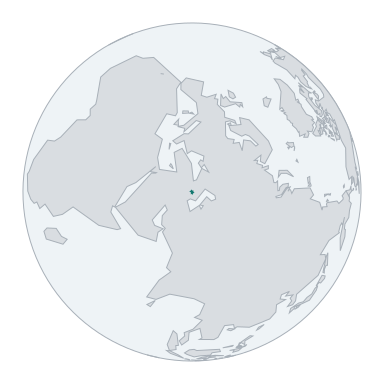 Kəlbəcər highlighted on a globe, orthographic projection, rotated 73°
{"feature_id": "AZE-1682", "entity_name": "Kəlbəcər", "entity_type": "District", "adm_level": 1, "iso_a3": "AZE", "parent_name": "Azerbaijan", "parent_adm1": "", "projection": "orthographic", "projection_center": [46.186, 40.056], "detail": "fine", "context": "on_globe", "style": "filled", "palette": "teal", "viewbox_px": 384, "rotation_deg": 73, "n_neighbors": 0, "source": "natural_earth", "source_scale": "10m", "svg_char_len": 10965}
<svg xmlns="http://www.w3.org/2000/svg" viewBox="0 0 384 384"><g transform="rotate(73 192 192)"><circle cx="192" cy="192" r="169" fill="#eef3f6" stroke="#a8b0b8"/><path d="M172.9,24.1L176.7,23.8L180.1,23.5L192.4,24.8L210.9,27.5L218.6,27.9L215.5,28.6L231.4,29.5L242.6,32.6L228.7,29.5L226.4,29.7L233.5,31.7L232.6,32.3L235.5,33.8L233.8,34.5L225.9,33.2L224.6,33.7L229.7,35.2L231.2,37.2L224.0,34.8L225.9,38.1L212.9,37.4L194.9,32.2L186.4,34.0L164.6,34.7L165.4,35.9L157.6,37.5L155.6,39.5L152.1,39.5L153.5,41.3L157.1,41.0L158.9,41.7L158.1,43.1L153.5,43.1L153.2,42.4L151.4,43.1L149.5,42.6L150.0,43.6L144.5,43.8L148.6,45.7L143.2,47.5L139.9,47.1L142.0,44.4L139.7,38.2L137.0,37.7L131.1,39.2L116.4,47.2L112.7,48.0L106.5,51.1L107.6,51.6L113.0,49.5L113.6,51.7L120.1,49.3L121.3,50.0L127.2,49.0L124.3,52.2L118.4,55.9L113.3,57.1L110.6,58.9L113.8,60.5L102.9,65.7L93.1,74.9L90.5,76.2L88.2,73.2L92.2,65.9L89.3,63.6L89.2,68.3L82.7,72.1L80.7,74.2L80.0,76.1L81.6,76.1L79.0,78.3L78.1,74.0L80.5,71.9L80.7,73.2L82.6,70.0L81.9,67.8L78.7,70.3L81.1,65.6L78.8,67.5L78.1,67.7L81.5,65.0L75.3,70.0L76.1,69.0L85.2,61.1L94.8,53.8L104.9,47.2L115.5,41.4L126.4,36.3L137.7,32.0L149.2,28.5L161.0,25.9L172.9,24.1ZM23.3,201.8L23.6,205.7L25.7,220.5L27.0,228.4L27.1,228.8L24.7,215.4L23.3,201.8ZM178.8,23.6L181.8,23.4L176.9,23.7L174.9,23.9L178.8,23.6ZM191.0,23.4L188.4,23.5L187.2,23.2L189.1,23.3L191.0,23.4ZM224.4,28.3L220.5,27.5L224.5,28.1L224.4,28.3ZM236.2,33.9L237.6,34.0L238.5,34.8L236.2,33.9ZM128.3,47.4L127.7,48.2L126.9,48.0L128.3,47.4ZM131.4,46.3L130.9,45.5L132.3,44.9L132.6,45.4L131.4,46.3ZM236.8,36.7L237.9,38.1L235.4,36.4L236.8,36.7ZM131.7,47.5L134.8,43.9L137.3,42.9L140.5,44.2L131.7,47.5ZM237.6,38.7L240.3,42.5L243.6,43.0L235.8,44.3L236.1,40.4L232.5,38.1L235.9,39.1L237.6,38.7ZM158.6,40.3L154.8,40.7L158.7,39.2L158.6,40.3ZM160.7,39.2L170.3,34.4L175.6,34.8L171.3,36.2L178.7,36.0L176.5,38.5L171.9,39.2L169.0,38.4L170.4,40.1L160.7,39.2ZM231.0,44.6L230.5,45.4L229.5,44.3L231.0,44.6ZM159.9,42.0L161.4,40.8L166.1,41.0L163.9,43.4L163.1,42.5L159.9,42.0ZM181.7,34.8L184.8,35.6L183.9,37.8L184.9,38.4L176.9,38.7L181.7,34.8ZM161.6,43.2L162.7,44.6L159.8,45.8L158.8,43.1L161.6,43.2ZM168.2,40.1L170.3,40.4L168.4,41.0L168.2,40.1ZM149.9,51.2L151.6,49.6L154.1,49.5L149.9,51.2ZM163.4,45.1L164.4,44.7L165.6,44.5L165.7,45.8L163.4,45.1ZM176.8,40.3L175.8,41.2L180.0,40.3L179.5,42.1L174.3,42.0L176.3,42.9L176.2,43.4L172.0,42.8L176.8,40.3ZM169.4,46.6L162.5,47.5L158.8,50.4L156.5,50.5L162.8,45.8L169.4,46.6ZM171.3,44.4L169.6,45.8L167.5,45.0L167.4,43.7L171.3,44.4ZM181.1,43.5L183.2,40.7L184.3,40.8L181.1,43.5ZM168.7,47.6L170.4,47.4L168.7,47.9L168.7,47.6ZM177.7,44.8L178.3,43.8L179.6,44.0L177.7,44.8ZM173.2,48.0L171.0,48.2L170.8,47.2L173.2,48.0ZM175.6,46.6L177.1,47.2L172.1,46.7L175.7,46.1L175.6,46.6ZM178.8,45.2L179.7,45.0L178.3,45.6L178.8,45.2ZM175.0,51.8L168.8,51.4L168.5,49.2L174.6,49.8L175.0,51.8ZM49.9,233.9L45.4,205.5L49.8,199.8L52.1,189.3L83.8,170.6L88.8,176.6L111.8,182.9L114.3,185.5L109.8,193.3L125.5,210.4L132.8,204.9L148.9,214.8L160.9,216.5L168.4,200.7L148.9,197.5L147.4,188.7L164.5,184.2L181.8,187.4L181.7,184.1L172.3,175.7L177.9,170.2L169.3,172.3L171.6,176.0L166.3,177.5L163.8,174.3L165.9,172.4L161.1,170.1L152.5,180.4L153.9,185.3L140.5,184.5L141.6,192.7L137.4,195.4L133.9,182.5L135.4,178.5L127.7,163.0L124.9,167.1L132.0,182.1L129.0,180.3L125.2,186.6L125.8,180.3L118.8,163.4L107.7,161.7L90.8,172.7L84.9,170.8L81.2,164.2L90.1,148.7L102.3,154.9L105.7,150.1L105.6,140.3L109.3,143.2L110.8,140.1L115.6,142.2L124.8,137.5L130.1,138.9L136.0,130.2L139.5,129.8L135.0,135.0L134.7,139.5L148.1,143.4L151.4,142.1L154.1,136.3L157.5,138.4L158.4,132.3L167.2,131.9L157.3,127.4L160.2,121.1L166.8,117.5L165.9,114.8L155.3,120.8L152.6,124.1L153.2,128.1L144.5,137.0L139.4,137.3L141.8,125.4L134.8,124.7L139.7,116.3L165.5,104.0L175.1,102.9L186.2,114.1L182.7,117.7L176.9,115.3L180.1,123.2L180.9,119.8L183.7,121.7L187.2,116.7L189.3,117.9L189.1,111.3L192.1,112.2L192.2,116.3L200.0,110.3L206.9,110.9L207.6,109.1L206.4,106.9L215.9,109.5L216.1,108.1L213.0,106.6L211.2,102.8L211.9,97.3L215.1,98.5L215.3,100.7L220.7,107.2L220.8,113.1L222.2,113.1L222.9,108.3L216.3,100.2L215.8,96.6L219.4,100.0L218.1,98.5L218.8,97.1L222.6,97.0L218.8,93.2L222.6,77.9L230.3,76.6L233.1,80.9L239.2,72.9L247.4,72.9L244.5,71.4L245.5,67.1L243.0,67.0L241.7,66.0L243.0,56.0L245.9,54.9L243.3,49.8L241.8,49.1L239.5,49.6L235.8,44.3L243.6,43.0L246.5,44.4L249.4,43.0L255.7,46.8L262.2,49.5L267.3,55.1L272.0,57.1L272.6,56.3L279.5,58.9L291.5,67.4L279.2,63.7L260.6,53.5L267.9,57.7L265.5,57.9L267.7,60.2L272.9,63.3L274.0,63.0L278.4,75.2L289.5,87.6L290.7,83.0L295.0,83.7L308.6,95.8L320.4,121.9L326.4,124.8L329.2,128.7L329.4,134.1L325.3,128.5L322.3,129.2L319.9,125.5L318.9,132.9L315.5,127.9L316.4,136.5L320.1,139.0L322.2,134.0L324.5,144.1L331.3,146.9L336.1,154.8L338.1,176.7L334.1,188.2L334.7,191.3L331.0,191.0L329.3,199.9L338.6,209.7L339.5,214.2L335.2,228.1L334.5,225.1L324.8,224.3L325.3,235.8L332.7,238.8L335.3,246.6L330.6,247.7L327.6,241.1L324.2,240.6L323.5,231.1L317.6,219.8L312.7,226.2L311.5,220.5L302.6,212.6L294.7,221.2L283.2,243.1L284.2,257.8L279.1,266.0L266.6,249.2L262.1,235.6L256.9,238.5L244.7,228.6L221.6,231.9L218.9,228.2L214.4,230.6L205.9,227.3L202.0,220.9L196.6,221.5L207.1,238.2L213.0,237.5L218.7,230.4L220.5,236.3L228.8,240.7L217.5,256.2L184.2,269.7L182.0,258.6L162.1,225.2L163.3,221.6L163.3,221.1L163.1,220.3L160.2,226.1L157.1,219.2L166.6,243.0L167.8,252.6L183.7,270.3L182.0,272.0L187.4,275.5L206.2,271.0L206.1,274.6L196.6,290.9L171.5,310.1L175.5,322.4L174.8,331.7L160.6,336.1L163.3,342.4L156.2,343.3L156.7,346.3L151.8,348.3L143.1,348.8L126.8,344.2L124.6,341.6L114.6,333.9L100.2,314.9L103.1,308.6L101.1,301.5L89.4,280.9L91.9,272.5L89.1,267.0L83.0,265.1L79.9,258.4L76.4,256.3L55.4,245.7L49.9,233.9ZM71.0,184.4L69.6,187.4L71.0,184.4ZM199.0,199.2L210.1,199.6L207.0,189.0L211.0,188.4L208.4,185.2L206.7,188.3L200.8,179.3L206.2,176.1L205.8,171.5L202.0,171.1L193.0,178.6L201.5,191.2L198.1,195.6L199.0,199.2ZM82.7,72.3L82.7,72.7L81.4,74.9L81.0,74.3L82.7,72.3ZM81.8,82.6L77.5,85.9L80.3,83.0L78.9,82.7L82.9,76.4L89.4,76.5L85.8,77.4L81.8,82.6ZM90.1,68.7L86.8,72.3L90.1,68.3L90.1,68.7ZM114.1,122.6L114.9,125.6L111.9,128.5L105.3,127.8L109.6,123.5L114.1,122.6ZM116.9,129.2L121.1,118.2L125.4,118.6L122.3,120.2L124.7,121.5L120.3,124.5L120.3,136.0L117.6,139.4L106.7,135.6L111.8,134.8L110.6,131.8L116.9,129.2ZM124.3,93.0L126.2,89.2L133.1,94.7L130.6,97.7L123.8,96.9L122.8,92.9L124.3,93.0ZM136.7,50.8L137.0,49.7L138.2,49.6L139.0,50.5L136.7,50.8ZM150.5,50.5L136.8,55.9L136.4,54.8L128.9,59.8L124.9,59.0L130.0,55.7L121.3,59.0L124.2,55.7L118.5,58.4L130.1,51.1L132.4,48.6L131.3,51.7L134.8,52.5L137.1,52.0L145.1,49.1L151.9,44.4L156.4,44.8L157.9,46.3L157.0,47.5L154.3,46.8L155.0,48.9L150.4,48.8L150.5,50.5ZM172.3,69.1L169.6,66.9L170.2,72.8L165.6,72.0L166.0,72.8L161.9,73.8L157.6,76.5L155.8,75.7L154.9,77.1L152.2,77.9L150.4,79.7L146.5,78.9L143.9,81.1L143.5,79.5L140.2,83.5L140.9,80.3L137.5,81.3L138.6,83.9L122.0,77.5L114.5,78.0L107.8,80.3L110.0,74.9L117.6,69.6L127.5,65.4L134.5,65.9L134.2,63.6L137.4,63.3L136.3,65.3L140.0,62.1L142.3,62.4L151.1,59.9L155.0,55.5L158.3,54.7L158.0,56.5L161.5,54.4L163.1,57.4L165.6,56.9L169.5,59.7L167.5,63.8L170.3,63.0L173.5,65.3L172.3,69.1ZM176.0,52.6L174.6,57.4L171.4,59.4L165.8,53.9L163.4,53.9L159.7,50.9L164.4,48.1L165.0,49.2L166.7,49.6L164.6,50.3L167.6,50.1L168.5,51.6L171.1,52.0L170.0,53.4L176.0,52.6ZM118.4,183.4L120.6,184.6L124.3,185.4L122.0,189.6L118.4,183.4ZM113.4,171.9L115.5,172.1L114.1,178.0L111.8,177.0L113.4,171.9ZM118.0,167.5L115.8,171.7L115.6,168.8L118.0,167.5ZM137.1,135.0L139.6,135.0L139.3,136.5L137.4,138.2L137.1,135.0ZM173.3,87.8L172.2,85.9L173.2,85.3L174.3,80.6L177.8,81.0L178.5,84.0L173.3,87.8ZM164.4,203.1L160.2,205.8L158.7,204.0L160.5,203.4L164.4,203.1ZM139.5,198.1L144.6,201.5L138.8,199.2L139.5,198.1ZM177.2,87.4L177.3,85.4L179.0,86.9L177.2,87.4ZM180.4,81.1L182.6,82.4L178.3,80.5L180.4,81.1ZM204.2,330.6L194.4,345.1L186.3,345.1L184.0,341.2L187.1,332.5L196.3,329.8L200.7,325.2L204.2,330.6ZM351.1,245.2L352.4,242.8L352.2,243.5L351.1,245.2ZM349.9,246.2L351.7,243.1L349.3,248.1L349.9,246.2ZM352.3,241.9L354.0,237.4L354.8,234.9L354.5,236.4L352.3,241.9ZM348.6,248.5L339.9,259.9L336.1,262.7L337.4,259.6L343.6,252.9L348.6,248.5ZM337.0,259.9L330.6,260.3L319.1,250.5L323.3,247.9L334.7,249.9L334.1,252.4L338.0,253.3L337.0,259.9ZM351.1,231.9L350.3,238.2L345.9,244.2L343.7,246.2L342.2,240.8L343.1,236.0L345.0,233.8L350.5,211.6L352.9,211.5L351.6,219.8L353.4,222.1L351.1,231.9ZM285.0,258.8L289.4,265.4L286.4,268.0L285.0,258.8ZM351.3,198.7L350.0,208.2L350.7,197.1L351.3,198.7ZM350.7,189.3L351.6,192.0L350.1,190.8L350.7,189.3ZM336.0,195.5L334.1,198.6L333.3,196.6L335.4,191.4L336.0,195.5ZM339.8,161.7L342.5,167.9L343.0,170.5L340.8,167.9L339.8,161.7ZM207.1,90.4L201.7,96.2L200.2,101.3L203.0,105.1L196.8,102.4L199.1,94.6L207.1,90.4ZM220.3,79.2L217.9,76.2L220.4,76.1L221.3,76.7L220.3,79.2ZM217.8,78.3L212.0,77.4L211.6,74.9L216.3,76.1L217.8,78.3ZM194.5,81.9L192.7,83.5L191.4,82.2L194.5,81.9ZM334.6,282.6L336.3,279.8L341.0,271.7L334.6,282.6ZM354.2,238.6L356.5,230.1L357.2,227.4L354.2,238.6ZM360.3,207.2L360.3,206.3L360.7,201.7L360.1,204.9L360.8,197.9L360.8,199.2L360.3,207.2ZM358.5,216.4L358.4,218.1L358.0,218.4L358.5,216.4ZM359.1,213.6L359.8,210.8L358.9,215.3L359.1,213.6ZM354.4,221.4L355.0,223.8L356.7,217.6L355.4,223.8L356.1,227.0L355.5,230.1L354.9,226.4L353.9,233.8L353.0,235.4L353.0,230.8L354.1,222.3L354.9,217.7L357.8,209.4L354.4,221.4ZM359.3,209.3L359.0,206.3L359.1,202.7L359.5,203.6L359.3,209.3ZM357.2,199.7L355.4,197.8L354.5,202.4L355.6,190.1L357.3,193.9L357.2,199.7ZM354.5,191.5L353.7,195.8L354.0,189.2L354.5,191.5ZM353.1,194.8L352.2,191.6L353.2,190.1L353.1,194.8ZM355.1,190.4L353.9,184.1L355.1,186.5L355.1,190.4ZM349.8,184.9L353.3,186.2L350.0,189.3L346.4,178.5L347.5,175.9L349.8,184.9ZM334.0,127.2L331.7,124.7L331.8,121.8L333.3,124.3L334.0,127.2ZM329.8,111.3L331.1,120.3L331.7,128.1L333.1,127.9L336.1,134.3L332.2,131.7L329.4,122.5L329.5,117.6L326.4,112.8L324.5,107.2L320.1,102.6L318.3,99.1L322.3,101.9L329.8,111.3ZM318.1,100.8L309.7,92.0L311.2,89.2L313.4,90.5L316.6,95.6L315.7,96.8L318.1,100.8ZM308.1,89.2L307.1,90.3L292.5,82.1L289.8,79.8L301.7,83.9L301.3,85.3L304.7,88.0L308.1,89.2ZM232.3,45.8L230.7,45.5L232.0,45.1L232.3,45.8ZM240.3,66.1L238.7,64.7L240.4,64.1L240.3,66.1ZM235.4,60.6L234.6,62.2L234.1,60.0L235.4,60.6ZM233.0,65.9L233.6,62.6L235.0,66.5L233.0,65.9Z" fill="#d9dde1" stroke="#a8b0b8" stroke-width="1"/><path d="M191.1,192.1L191.3,192.1L191.4,191.9L191.5,191.8L191.5,191.7L191.5,191.4L191.4,191.4L191.5,191.2L191.6,191.3L191.8,191.3L192.1,191.3L192.3,191.3L192.5,191.4L192.8,191.2L192.8,191.3L192.7,191.4L192.7,191.5L192.8,191.7L192.8,191.8L192.9,191.7L193.0,191.7L193.1,191.8L193.2,192.0L193.3,192.1L193.2,192.1L192.9,192.2L192.9,192.3L192.8,192.2L192.7,192.2L192.6,192.3L192.4,192.4L192.2,192.4L192.1,192.5L191.9,192.5L191.7,192.5L191.6,192.4L191.6,192.5L191.4,192.7L191.3,192.8L191.3,192.7L191.2,192.6L191.0,192.4L190.9,192.3L190.7,192.3L190.6,192.2L190.8,192.1L191.1,192.1Z" fill="#14b8a6" stroke="#0f766e" stroke-width="1.5"/></g></svg>